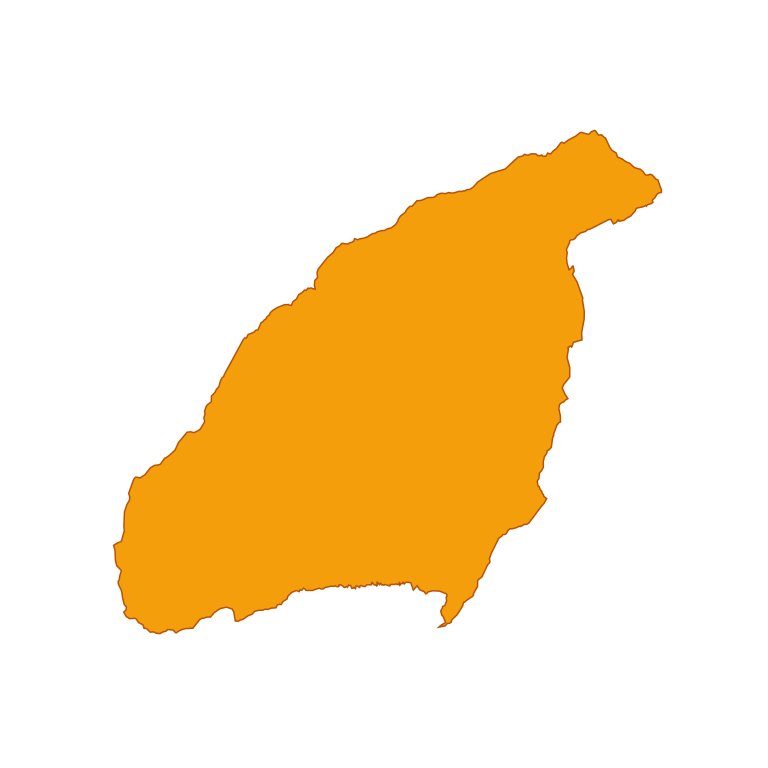 the district of Racoasa, Vrancea, Romania, rotated 283°
{"feature_id": "2599482B99860020344189", "entity_name": "Racoasa", "entity_type": "district", "adm_level": 2, "iso_a3": "ROU", "parent_name": "Romania", "parent_adm1": "Vrancea", "projection": "robinson", "projection_center": [26.879, 46.017], "detail": "fine", "context": "isolated", "style": "filled", "palette": "amber", "viewbox_px": 768, "rotation_deg": 283, "n_neighbors": 0, "source": "geoboundaries", "source_scale": "gbopen_adm2", "svg_char_len": 6149}
<svg xmlns="http://www.w3.org/2000/svg" viewBox="0 0 768 768"><g transform="rotate(283 384 384)"><path d="M635.4,610.7L644.6,604.8L644.8,602.8L647.9,598.5L648.3,596.3L647.0,594.5L646.5,591.8L649.1,588.8L650.8,585.7L651.2,579.2L654.4,573.7L655.0,569.5L656.7,565.8L657.7,560.5L661.3,558.3L662.9,553.6L665.5,550.7L673.4,544.5L674.1,542.5L675.7,540.1L674.8,536.9L678.2,533.2L678.4,532.4L676.6,529.3L673.6,527.7L673.2,526.5L673.6,519.7L672.9,518.5L668.6,515.0L663.3,508.8L659.3,505.6L659.0,505.1L659.6,502.9L658.5,501.8L652.2,499.1L648.6,496.0L645.9,494.9L645.5,493.0L645.9,491.7L642.4,490.4L641.7,487.3L642.6,486.2L641.6,484.8L641.2,482.2L642.3,480.3L641.4,475.6L639.2,472.8L639.4,469.1L637.4,467.9L635.3,463.6L620.8,453.8L613.0,440.4L601.9,429.9L595.8,426.6L592.9,423.8L592.1,421.4L590.1,418.8L589.9,417.5L589.0,416.3L588.7,414.0L585.8,408.8L585.3,407.2L585.1,403.9L583.1,400.7L583.2,398.9L582.6,396.5L580.3,392.9L578.4,392.0L576.9,390.2L575.5,384.7L571.3,379.0L569.9,374.8L563.4,371.4L563.1,369.5L561.0,367.9L558.3,366.6L556.4,366.3L551.3,362.2L548.0,361.0L545.8,360.9L542.0,359.4L537.6,355.8L535.9,352.3L533.6,349.7L532.8,347.0L530.9,343.4L529.0,341.6L527.9,338.9L524.0,335.1L521.7,331.9L520.2,328.2L518.6,325.8L519.0,322.6L516.7,322.6L515.1,321.1L513.9,319.0L512.0,316.8L511.7,311.4L508.4,309.5L506.0,306.7L500.7,304.9L494.8,300.6L481.3,294.1L477.5,293.7L472.8,295.3L469.3,293.3L464.2,294.0L461.6,295.6L460.7,295.5L461.2,291.2L460.2,289.6L460.4,288.5L457.8,287.1L457.6,285.4L454.7,283.7L451.9,280.8L447.1,279.6L443.9,276.8L439.8,276.1L439.6,273.6L439.9,273.0L439.0,269.4L434.7,263.2L431.3,259.5L428.0,257.2L425.8,256.8L423.2,254.9L420.3,254.0L419.5,252.9L417.4,251.9L416.0,250.4L408.6,249.1L407.5,247.0L405.1,245.5L401.6,240.4L398.4,239.8L397.7,239.2L397.5,237.9L395.6,236.9L357.4,226.3L355.3,226.1L353.5,224.8L351.1,224.0L344.4,223.7L341.1,222.0L337.5,221.0L333.4,218.6L327.8,219.7L323.9,216.5L321.7,215.8L317.0,215.3L314.6,216.4L310.5,216.1L307.7,217.5L306.4,217.6L298.8,215.2L296.3,212.9L293.9,209.9L293.9,206.2L292.7,203.0L280.7,196.9L272.7,195.3L266.1,190.9L263.0,188.1L262.4,187.0L255.7,184.2L254.4,182.5L253.1,178.7L249.7,175.2L242.0,171.6L237.6,167.5L237.5,163.3L237.1,162.7L234.9,161.6L220.0,159.8L216.6,161.8L213.4,162.1L208.7,160.6L201.0,159.9L186.7,162.6L182.6,164.0L172.2,163.5L171.1,163.0L169.1,159.9L166.0,156.8L161.7,159.2L151.2,162.2L146.8,164.5L143.5,169.6L142.6,170.1L137.4,169.7L133.9,170.1L131.8,169.4L130.5,169.8L128.7,170.5L124.3,174.2L121.8,175.5L117.0,177.3L110.7,180.5L108.7,183.2L105.8,183.5L103.2,181.7L99.5,185.1L98.1,188.9L99.5,193.5L99.5,195.1L96.4,198.5L95.2,203.1L91.9,205.3L92.3,206.6L91.9,208.3L89.6,212.0L90.4,214.4L90.5,216.7L89.9,218.0L90.4,221.9L92.4,224.0L94.3,227.4L96.2,228.5L96.8,233.9L94.8,236.9L94.8,237.6L97.5,240.0L99.5,242.7L101.3,246.3L101.8,249.0L102.6,250.2L102.9,252.6L113.1,257.5L114.8,259.5L115.0,260.7L117.2,264.1L117.9,267.4L122.9,269.9L128.2,274.8L130.8,280.0L131.1,281.2L130.6,286.6L128.1,288.9L119.6,292.4L120.1,295.5L121.5,296.8L122.9,299.5L127.8,303.9L129.8,307.1L133.6,309.3L135.2,312.6L136.3,316.7L137.8,318.8L138.2,321.4L140.3,324.6L141.6,329.0L144.7,329.8L145.8,331.7L146.0,333.4L149.4,334.6L152.9,338.0L155.5,338.0L160.1,340.9L163.0,345.0L162.6,348.0L164.2,348.2L164.7,350.3L166.9,351.5L166.5,353.1L165.3,354.5L166.7,360.6L170.4,366.6L170.2,368.7L170.6,370.9L172.5,372.3L175.4,378.8L175.3,380.2L176.4,381.9L176.0,382.8L176.1,384.9L177.1,385.7L177.8,385.2L178.6,386.2L178.1,388.7L176.8,391.2L177.3,392.2L178.2,392.8L177.7,394.2L180.2,394.6L179.9,395.6L180.1,396.9L177.7,398.5L178.1,399.9L178.9,400.4L178.2,402.3L180.9,402.2L181.1,403.6L180.2,405.8L180.6,406.2L181.7,406.0L182.5,406.8L182.1,409.1L182.4,411.2L184.4,412.2L185.6,417.0L187.5,416.7L187.9,417.1L186.0,419.8L186.3,421.4L185.6,422.3L186.8,422.9L188.5,421.8L189.4,422.0L187.5,424.9L189.1,425.4L187.7,427.2L188.3,428.6L188.0,429.2L188.9,430.2L188.5,435.0L188.9,435.4L190.1,435.3L191.1,439.3L192.1,440.8L191.5,441.7L192.2,443.4L194.0,443.6L193.7,444.2L191.6,444.1L191.3,444.6L193.2,445.6L193.7,446.8L195.1,447.1L195.1,447.5L194.0,447.8L193.7,448.7L195.6,449.7L196.1,450.6L196.4,454.8L189.8,459.0L194.8,461.6L191.5,465.2L190.7,469.8L188.9,471.8L189.4,472.7L191.2,473.6L193.4,477.7L194.7,484.6L193.6,491.9L192.6,492.9L191.3,493.1L190.1,492.5L186.8,493.8L181.9,493.1L180.3,491.1L179.2,491.4L175.6,490.3L171.9,492.2L170.8,493.9L165.6,497.7L161.3,493.4L159.4,492.1L162.1,498.1L164.9,499.6L165.5,501.6L167.0,503.1L168.4,502.9L170.0,503.5L175.0,506.8L179.2,508.5L185.7,510.6L189.1,510.6L189.5,511.6L191.4,512.8L196.7,517.8L198.2,518.6L200.6,518.5L207.6,520.7L213.8,519.4L218.3,522.9L230.9,525.6L233.8,527.1L234.7,527.2L237.5,526.0L243.5,526.7L259.6,530.6L262.3,533.0L264.0,533.8L264.7,535.8L265.7,536.8L269.4,537.8L271.3,539.4L271.8,541.6L273.8,545.3L275.7,547.6L275.7,548.7L277.5,551.1L278.6,551.9L279.4,554.5L281.1,556.4L299.6,564.6L303.5,566.7L309.0,568.3L310.4,565.1L312.1,564.2L312.9,562.9L314.7,561.9L316.7,559.6L319.0,558.2L319.1,557.2L323.8,555.1L326.7,556.2L332.3,555.5L334.8,557.0L338.8,558.0L344.1,556.7L348.9,556.6L353.4,558.2L355.8,558.0L356.9,559.6L360.0,561.3L369.0,560.4L372.4,560.9L373.7,560.5L383.0,561.8L386.0,563.4L386.8,564.5L392.4,563.1L399.3,559.9L403.2,559.7L404.8,560.4L407.3,563.4L409.0,564.2L411.1,566.5L414.6,562.8L420.3,558.5L424.1,559.3L432.6,563.4L441.8,561.3L451.0,556.4L458.8,555.9L460.5,555.2L461.3,555.3L461.2,555.8L462.7,556.7L462.9,557.5L462.1,558.4L462.6,558.8L467.1,559.1L471.6,567.0L478.5,565.0L492.4,564.4L499.8,562.8L510.7,558.4L512.4,558.4L527.2,548.9L533.0,543.1L536.7,543.9L540.8,542.1L541.4,541.7L541.2,541.1L539.2,540.5L537.0,538.5L542.9,535.2L547.8,533.5L553.1,533.0L556.2,531.5L563.3,533.0L565.2,532.8L566.2,533.4L567.2,535.8L569.0,537.6L571.7,538.5L575.3,541.4L577.9,545.9L580.0,547.5L581.5,550.2L594.5,565.7L595.5,568.0L591.6,571.5L593.4,573.8L596.6,575.2L596.6,575.8L595.7,576.0L595.6,577.0L597.5,580.9L599.9,582.9L603.4,586.8L609.0,589.8L610.8,590.0L612.3,590.8L615.0,596.6L616.8,598.9L616.3,599.7L618.0,600.4L620.0,604.0L621.8,605.2L623.4,604.1L624.1,604.4L626.0,605.9L630.4,607.3L632.4,609.3L633.0,611.2L635.4,610.7Z" fill="#f59e0b" stroke="#b45309" stroke-width="1.5"/></g></svg>